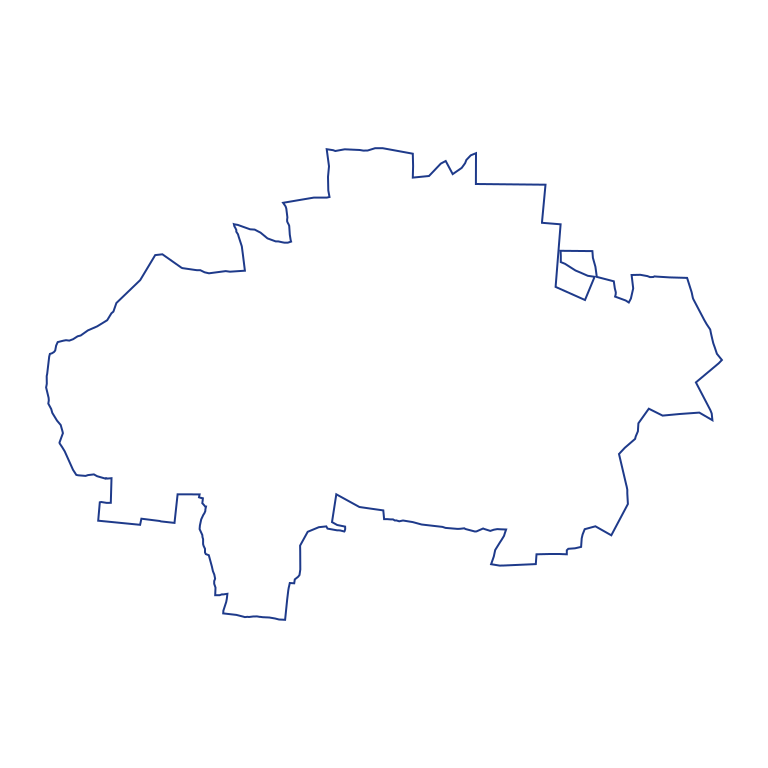 Tekit, Yucatán, Mexico (Mercator projection)
{"feature_id": "50627088B28791012424217", "entity_name": "Tekit", "entity_type": "district", "adm_level": 2, "iso_a3": "MEX", "parent_name": "Mexico", "parent_adm1": "Yucatán", "projection": "mercator", "projection_center": [-89.286, 20.569], "detail": "fine", "context": "isolated", "style": "outline", "palette": "blue", "viewbox_px": 768, "rotation_deg": 0, "n_neighbors": 0, "source": "geoboundaries", "source_scale": "gbopen_adm2", "svg_char_len": 4498}
<svg xmlns="http://www.w3.org/2000/svg" viewBox="0 0 768 768"><path d="M712.4,420.2L711.7,413.5L710.4,410.2L695.9,382.4L718.8,363.2L721.9,360.0L716.9,353.8L714.8,347.5L713.3,343.3L712.4,339.6L711.0,333.5L710.2,329.5L706.6,324.1L704.3,320.1L693.4,299.3L693.1,298.6L692.8,297.7L692.3,295.3L691.7,292.5L691.5,291.8L687.1,277.9L669.6,277.4L656.6,276.6L654.4,276.4L653.3,277.0L650.0,277.1L647.4,276.1L640.3,274.8L631.6,275.0L633.2,288.4L630.9,298.5L628.8,302.5L625.7,300.5L615.1,296.6L615.7,294.3L615.8,292.3L614.8,288.3L613.8,281.3L596.8,276.9L595.4,266.7L592.9,257.8L592.4,251.1L560.6,250.8L560.8,256.0L560.8,262.1L565.0,263.8L575.5,270.5L581.0,272.8L582.1,273.3L587.8,275.8L594.6,276.8L585.0,300.0L555.6,286.9L560.6,224.3L542.0,222.8L542.0,222.1L545.5,184.7L475.9,184.0L476.0,153.2L470.8,155.3L466.4,159.9L465.1,163.2L461.7,167.9L452.7,174.1L445.7,161.0L440.8,163.6L429.0,176.0L412.8,177.6L413.1,166.1L412.8,153.7L382.7,148.2L375.1,148.2L367.7,150.5L363.3,150.6L359.8,150.0L344.7,149.3L335.3,151.0L333.2,150.2L326.7,149.2L329.0,166.3L328.0,176.9L328.3,190.5L329.5,197.0L326.8,197.6L318.3,197.6L313.8,197.6L298.4,200.2L283.1,202.8L284.0,204.1L285.6,206.4L286.3,208.6L287.4,217.4L287.1,219.7L287.2,221.6L288.1,223.5L288.6,224.3L289.2,225.8L289.8,234.7L290.7,240.3L291.1,241.6L287.7,242.7L284.6,242.7L282.4,242.3L278.3,241.4L275.7,241.4L267.5,238.4L260.5,232.6L258.3,231.5L254.7,229.6L250.1,229.3L242.5,226.6L237.8,224.9L234.2,224.3L233.9,224.2L234.4,226.4L235.0,227.3L236.3,229.9L236.3,231.7L238.0,234.3L238.7,236.8L239.0,237.7L241.8,246.3L242.9,254.6L244.9,270.7L229.9,271.7L227.8,271.4L225.7,271.1L209.0,273.3L204.6,272.3L200.3,270.2L197.9,270.2L197.1,270.2L196.1,270.1L182.3,268.1L181.7,267.8L181.3,267.6L162.4,254.3L155.2,255.1L140.2,280.1L116.4,303.0L113.4,311.6L111.4,313.3L107.2,320.2L97.1,326.4L87.9,330.4L80.7,335.5L77.6,336.3L73.1,339.2L69.3,340.6L66.0,340.2L63.3,340.7L57.7,342.1L56.1,345.7L56.1,345.8L55.2,350.5L54.0,352.0L51.9,353.3L49.9,353.9L49.2,356.6L48.6,361.7L47.2,373.7L46.7,376.1L46.8,383.8L46.4,386.0L46.1,387.4L48.6,397.8L48.8,400.4L48.3,403.6L51.2,409.0L52.3,412.9L57.0,420.6L60.7,425.0L62.5,431.4L62.9,433.2L59.5,442.5L59.7,443.5L62.2,447.2L64.7,451.3L72.2,468.0L73.0,469.8L76.3,474.9L78.2,475.3L85.6,475.9L88.0,475.1L93.9,474.4L97.1,476.2L105.4,478.6L105.6,478.2L106.6,478.2L106.9,478.6L111.5,478.2L110.8,502.8L106.8,502.9L101.2,502.0L99.8,502.3L98.2,520.7L140.1,524.8L141.4,518.7L159.8,521.0L160.9,521.4L174.5,522.9L177.6,494.3L199.6,494.4L199.0,497.3L201.2,498.0L201.4,497.9L202.9,498.3L202.8,498.8L202.8,499.0L202.8,499.3L202.7,499.6L202.7,500.2L202.5,501.7L202.3,503.2L203.6,504.6L204.7,505.9L205.5,507.0L205.9,506.6L206.0,506.6L205.4,509.3L205.3,511.1L204.3,513.4L203.4,514.7L201.2,519.4L199.9,525.5L199.6,529.1L202.3,535.0L202.5,537.2L203.1,539.1L203.1,539.7L203.1,542.4L203.1,544.1L203.6,545.9L205.0,548.8L205.0,552.5L205.8,554.1L208.8,555.2L211.9,566.6L212.9,571.1L214.3,574.6L215.1,578.6L214.8,579.6L214.2,581.0L214.2,583.8L215.5,587.6L215.2,595.2L217.6,595.2L219.6,595.2L222.1,594.3L222.8,594.5L227.4,593.8L226.8,598.9L226.2,602.0L223.4,610.6L223.2,613.4L236.4,614.9L241.9,616.3L243.5,616.7L244.8,617.1L246.1,617.0L247.2,616.8L249.0,617.0L253.0,616.5L257.0,616.4L259.9,616.9L260.5,616.9L262.7,617.2L269.3,617.5L275.1,618.5L279.0,619.5L285.1,619.8L287.2,599.3L288.3,590.2L288.8,587.3L289.0,586.7L289.8,583.0L294.2,583.3L294.8,579.4L298.2,576.7L299.5,575.0L300.3,569.5L300.2,551.2L300.1,545.6L307.7,531.8L318.8,527.2L326.3,526.4L327.5,528.6L336.9,530.3L340.0,530.4L344.3,531.5L344.6,531.1L345.2,529.0L345.1,526.6L337.2,525.0L332.0,522.1L336.3,494.3L359.4,507.0L371.9,508.8L383.3,510.4L384.1,519.1L386.9,519.1L390.6,519.4L393.0,519.4L394.9,520.5L396.3,520.4L399.2,521.3L403.0,520.5L412.8,522.1L421.6,524.5L442.5,526.9L445.5,527.9L457.6,528.9L460.0,528.8L464.3,528.3L465.4,529.0L474.9,531.5L476.5,531.4L483.1,528.5L484.0,528.9L490.3,530.9L493.9,529.7L497.3,529.1L500.6,529.3L506.1,529.5L505.0,532.7L504.0,535.9L501.3,540.3L500.1,542.1L495.2,550.0L493.8,556.5L492.0,561.7L491.1,564.2L499.6,565.6L504.1,565.5L535.8,564.1L536.5,554.3L549.7,554.0L552.8,554.0L557.4,554.0L559.6,554.0L561.9,554.1L566.8,554.3L566.8,550.3L568.3,548.8L575.0,548.3L581.1,546.9L581.7,538.4L582.6,534.5L583.8,531.5L584.7,529.2L595.4,526.3L611.3,535.3L627.9,504.0L627.3,493.5L627.3,489.7L626.6,486.2L626.3,485.1L619.0,454.0L624.8,447.8L635.1,438.9L635.7,436.5L637.9,431.3L638.4,423.3L648.8,408.7L662.6,415.6L679.7,414.0L699.3,412.6L712.4,420.2Z" fill="none" stroke="#1e3a8a" stroke-width="2"/></svg>